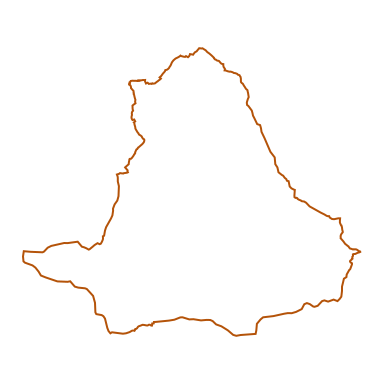 the district of Budesti, Maramures, Romania
{"feature_id": "2599482B87863551730406", "entity_name": "Budesti", "entity_type": "district", "adm_level": 2, "iso_a3": "ROU", "parent_name": "Romania", "parent_adm1": "Maramures", "projection": "equal_earth", "projection_center": [23.957, 47.717], "detail": "fine", "context": "isolated", "style": "outline", "palette": "amber", "viewbox_px": 384, "rotation_deg": 0, "n_neighbors": 0, "source": "geoboundaries", "source_scale": "gbopen_adm2", "svg_char_len": 5919}
<svg xmlns="http://www.w3.org/2000/svg" viewBox="0 0 384 384"><path d="M341.3,296.7L341.6,294.4L342.0,290.9L342.0,286.6L343.0,282.6L343.9,278.7L346.4,277.1L346.7,274.5L349.3,269.9L349.9,269.5L350.3,268.9L350.7,267.8L351.7,265.1L352.0,264.2L352.0,263.4L351.9,263.2L351.6,262.9L350.7,262.6L350.5,262.3L350.1,261.7L350.0,261.2L350.3,260.7L351.7,259.5L351.9,259.2L351.9,258.9L352.2,258.9L352.5,258.7L352.5,258.2L352.3,256.9L352.7,256.4L353.0,255.9L352.9,254.4L353.3,254.1L355.4,253.9L357.8,252.7L358.9,252.5L360.3,251.9L361.0,251.6L360.4,251.6L359.8,251.5L358.5,250.8L357.1,249.8L355.9,249.3L354.6,249.4L353.9,249.2L353.1,249.5L351.5,248.9L350.0,248.5L349.0,247.3L348.4,246.3L347.6,245.9L347.0,245.3L345.1,243.8L343.4,241.4L340.6,238.2L340.7,237.6L340.7,237.0L340.6,236.3L340.7,235.7L340.8,235.2L341.1,234.6L341.5,233.8L342.4,232.7L342.7,232.3L342.8,232.0L342.7,231.6L342.6,231.0L342.3,230.0L342.2,229.2L342.1,228.5L342.0,227.5L341.8,226.6L341.6,226.3L341.5,225.9L341.5,225.5L341.0,225.2L339.9,222.7L339.9,220.8L340.1,218.3L338.4,218.3L334.1,219.2L332.0,219.0L329.7,217.5L329.2,216.2L327.4,216.1L326.6,215.8L324.5,214.5L320.7,212.6L309.6,206.4L306.1,202.7L304.1,201.5L303.1,201.4L301.5,201.1L300.8,200.4L299.3,199.9L297.6,198.9L297.3,198.2L296.6,197.8L295.5,197.9L294.5,197.2L294.4,195.7L294.8,189.9L294.1,189.7L291.5,188.4L289.7,186.5L288.6,181.2L286.9,180.7L286.3,179.1L284.7,177.8L283.2,175.7L281.9,175.0L278.5,172.3L277.4,167.4L275.3,164.2L274.7,157.4L270.4,151.8L264.6,138.3L261.5,131.8L261.0,128.3L260.1,125.1L257.2,124.1L254.2,117.9L253.0,115.6L252.5,113.2L251.8,110.6L248.4,106.0L247.1,105.0L246.8,102.8L247.0,101.8L247.8,99.2L248.7,97.1L248.0,92.7L247.7,91.7L247.5,90.3L247.2,89.9L246.1,89.0L245.6,88.3L245.1,87.4L244.0,85.8L242.8,83.7L241.9,83.1L241.1,82.3L240.9,81.3L240.9,78.8L240.7,77.8L240.6,77.0L240.1,76.4L239.5,75.2L238.7,74.9L238.1,74.8L237.7,74.5L237.2,73.9L236.8,73.7L235.1,73.1L233.9,73.0L233.1,72.5L232.5,72.2L230.6,71.6L229.7,71.7L229.1,71.6L227.5,71.2L226.8,70.9L225.7,70.5L224.6,70.4L224.9,69.2L224.9,68.8L223.7,67.1L223.3,65.7L223.3,64.1L222.0,63.9L221.3,63.6L220.5,62.8L219.0,61.0L218.5,60.8L217.6,60.7L217.0,60.5L216.4,60.1L215.8,59.6L215.0,59.4L214.0,58.3L214.1,58.0L214.0,57.8L211.5,55.4L209.3,53.5L207.6,52.3L206.8,51.6L206.0,50.6L205.4,50.1L204.5,49.6L203.6,49.0L202.5,48.3L202.2,48.4L201.8,48.5L200.2,48.3L199.8,48.4L199.2,48.2L198.2,49.4L197.1,50.7L196.7,51.3L194.9,52.3L193.6,53.9L193.1,54.7L191.3,54.3L190.0,54.1L189.8,54.8L189.5,55.5L189.1,56.2L188.0,57.2L186.0,56.1L185.1,56.9L183.7,56.7L182.5,56.4L181.0,56.0L180.5,55.6L179.6,56.4L177.9,57.4L175.6,58.5L174.3,59.6L173.4,60.4L172.1,62.1L171.4,63.5L171.1,64.4L170.4,65.8L169.7,66.7L169.0,68.0L167.9,69.1L166.8,69.8L165.3,70.1L165.0,71.2L164.1,72.3L162.9,73.6L161.2,76.0L159.6,77.4L160.9,78.6L160.1,79.4L158.3,80.7L157.7,81.3L157.0,81.7L154.9,83.4L152.8,83.7L152.2,83.3L151.5,83.9L150.8,83.7L150.1,83.7L148.8,83.9L147.6,82.7L147.2,82.8L146.0,83.5L145.2,81.8L145.0,81.1L145.1,80.0L144.3,80.1L143.2,80.0L142.4,80.1L141.5,80.3L138.7,80.3L139.0,80.9L137.5,81.0L135.9,80.8L133.7,80.8L132.5,80.7L130.7,81.0L130.3,81.8L129.6,82.2L129.5,82.6L129.9,82.8L129.9,83.4L129.3,83.5L129.0,84.0L129.1,84.6L130.3,85.3L130.7,86.0L131.0,87.2L131.1,88.3L131.8,89.0L132.8,90.2L133.4,90.7L133.5,91.1L133.6,91.7L133.5,92.3L133.8,92.9L133.9,93.2L133.6,93.9L134.1,94.8L134.3,95.8L134.7,97.5L135.0,98.6L135.4,99.7L135.1,101.9L135.5,103.3L133.5,104.7L132.5,105.6L132.6,108.6L132.7,109.4L133.1,110.7L132.3,111.5L131.9,112.6L131.8,113.6L132.0,114.9L131.6,116.4L131.5,117.6L131.7,118.6L131.9,119.1L132.5,120.0L134.2,119.5L135.2,121.4L133.9,122.4L134.1,122.6L134.4,123.5L134.5,124.5L135.1,126.5L135.3,127.4L135.3,128.0L135.4,128.5L135.6,129.0L135.9,129.5L137.6,132.4L138.5,133.4L138.8,134.2L139.2,134.7L140.5,135.4L141.8,136.5L141.9,137.0L142.1,137.4L143.1,138.8L144.1,139.3L144.3,139.8L144.3,140.8L143.8,142.3L142.4,144.0L138.6,147.3L138.4,147.6L138.1,147.6L137.2,148.9L137.2,149.1L136.4,149.5L135.1,152.4L135.2,153.0L134.9,153.7L134.3,154.2L134.1,154.5L133.8,155.2L133.5,155.7L131.9,157.9L130.9,158.8L129.7,158.9L129.4,159.3L129.3,160.4L129.0,161.6L128.8,163.0L128.7,164.2L125.1,167.4L125.4,167.8L127.6,170.3L127.5,171.5L127.9,172.3L127.0,172.7L124.4,173.1L123.7,173.2L123.3,173.5L121.2,173.3L120.0,173.1L119.1,173.8L116.9,174.5L117.6,176.4L117.8,177.7L117.8,181.5L118.9,186.1L118.5,196.2L117.3,200.6L114.6,204.4L113.0,208.7L113.1,210.7L112.4,215.4L111.0,218.5L106.1,227.2L105.0,230.6L104.1,235.7L102.9,236.3L103.0,238.9L102.6,240.2L101.9,241.8L100.8,243.7L99.7,244.2L97.5,243.2L94.5,245.1L92.8,246.6L89.5,249.3L88.7,249.6L86.4,248.3L84.1,247.3L81.9,246.7L77.7,241.7L67.6,243.1L64.2,243.0L51.3,245.9L47.7,247.7L44.0,251.6L42.6,252.3L30.5,251.8L23.8,251.2L23.0,256.5L23.5,261.4L25.0,262.7L32.5,265.4L35.4,267.6L38.6,271.6L40.9,275.5L45.6,277.4L57.4,281.4L67.6,281.8L70.2,281.3L74.8,286.6L78.2,287.6L85.0,288.3L86.8,289.0L93.1,295.9L95.0,302.8L95.4,312.4L96.3,314.1L101.7,315.1L103.4,316.2L105.0,318.6L107.3,327.9L108.5,331.0L110.4,333.3L112.0,332.3L122.9,333.7L126.0,333.3L129.6,332.1L132.0,330.7L133.1,330.5L134.0,330.5L134.4,330.8L134.8,330.5L135.0,329.4L135.3,329.0L136.1,328.9L137.0,328.3L138.0,326.8L138.7,326.3L140.9,325.5L141.8,325.1L142.7,324.8L144.3,325.0L146.3,325.4L147.3,325.5L148.0,325.3L148.7,324.8L149.1,324.7L150.0,324.8L150.7,325.2L151.2,325.6L152.0,325.6L152.2,324.5L152.2,323.5L153.7,323.4L153.9,322.0L155.9,321.9L169.0,320.6L174.4,319.7L180.3,317.4L182.5,317.3L189.3,319.4L193.4,319.2L201.0,320.4L206.7,319.9L210.3,320.0L212.7,321.1L216.1,324.4L221.4,326.3L227.8,330.3L233.2,334.9L236.3,335.8L240.7,335.0L255.6,333.9L256.3,330.5L256.9,323.8L260.6,319.4L263.1,317.3L273.4,316.1L284.3,313.7L287.9,313.1L291.7,313.2L296.1,311.9L301.7,309.1L304.3,304.2L306.9,303.1L309.8,304.1L313.2,306.5L314.5,306.8L317.7,305.8L322.1,301.1L324.4,300.4L328.1,301.6L333.6,299.6L337.5,301.1L339.7,298.9L341.3,296.7Z" fill="none" stroke="#b45309" stroke-width="2"/></svg>